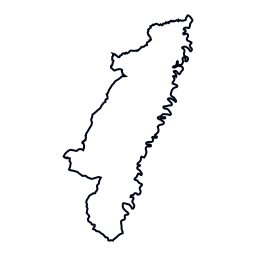 Yotoco, Valle del Cauca, Colombia
{"feature_id": "7082276B27401481263527", "entity_name": "Yotoco", "entity_type": "district", "adm_level": 2, "iso_a3": "COL", "parent_name": "Colombia", "parent_adm1": "Valle del Cauca", "projection": "orthographic", "projection_center": [-76.383, 3.898], "detail": "fine", "context": "isolated", "style": "outline", "palette": "ink", "viewbox_px": 256, "rotation_deg": 0, "n_neighbors": 0, "source": "geoboundaries", "source_scale": "gbopen_adm2", "svg_char_len": 5799}
<svg xmlns="http://www.w3.org/2000/svg" viewBox="0 0 256 256"><path d="M181.3,64.8L182.3,63.7L182.9,62.3L183.0,61.2L182.5,58.7L183.4,57.3L184.2,57.3L185.1,57.8L185.5,59.1L185.2,60.9L185.7,61.4L187.1,61.0L188.0,59.3L187.9,58.2L187.4,57.3L184.9,56.1L184.1,55.2L183.9,53.4L184.5,51.6L184.5,50.5L184.0,49.4L182.1,47.8L182.3,47.3L184.1,46.6L186.1,46.9L188.5,48.6L190.3,51.2L191.1,51.1L191.9,49.8L191.6,48.4L190.4,47.2L189.9,45.6L190.1,44.6L191.5,43.0L191.4,42.4L187.4,40.4L186.8,39.4L186.9,38.4L188.1,36.0L187.9,34.7L187.1,33.9L186.2,33.7L183.9,34.5L183.2,33.8L183.4,33.1L185.5,31.5L185.7,30.9L185.3,30.1L183.7,29.4L184.2,28.1L185.6,27.6L188.7,28.0L189.4,27.6L190.4,23.4L192.4,20.7L192.2,19.6L190.0,16.6L189.0,15.8L187.6,15.4L186.0,18.1L185.7,19.9L183.3,20.6L182.0,20.8L180.3,20.2L178.7,21.1L178.3,20.0L177.7,20.8L176.8,20.2L175.4,21.0L174.8,20.9L174.1,21.3L173.3,20.9L172.9,21.5L172.0,21.1L171.2,21.4L171.1,20.8L170.7,20.8L170.0,21.6L168.8,21.9L169.0,22.7L168.7,23.1L167.7,22.6L166.9,22.7L166.4,23.2L165.9,22.4L164.9,23.5L163.1,23.7L162.8,24.8L162.0,25.3L160.6,24.3L159.5,25.2L156.7,23.8L155.0,24.1L153.9,25.1L152.7,24.7L152.5,25.2L150.8,26.2L150.8,26.9L150.5,26.7L150.5,27.2L148.9,29.3L148.1,29.6L148.3,31.4L147.7,32.4L148.2,34.7L148.9,35.0L149.3,36.2L150.2,37.1L151.0,39.7L149.4,40.3L149.6,41.0L147.2,42.4L146.7,43.9L147.0,45.1L145.2,45.5L143.8,46.7L141.3,47.0L140.9,48.0L140.1,48.5L138.0,50.5L137.6,50.3L136.9,50.9L136.5,50.5L134.3,50.9L130.6,50.6L129.6,51.3L129.1,52.2L127.3,53.3L126.3,52.7L125.5,53.0L125.3,53.8L124.5,53.7L123.8,53.2L122.9,53.5L122.1,54.0L121.6,55.1L120.2,55.5L119.8,56.6L119.2,57.2L117.9,56.9L116.1,55.2L115.4,55.1L115.0,54.4L112.9,53.7L113.4,54.5L113.0,55.2L113.1,55.9L112.3,56.7L112.2,59.9L113.5,60.6L113.2,61.9L112.6,62.7L112.7,63.5L112.0,65.5L111.3,65.6L111.1,65.9L111.0,67.6L114.1,70.4L114.9,70.5L116.1,69.8L119.0,69.1L120.2,69.1L121.9,69.8L122.2,70.6L121.8,71.7L122.5,73.0L122.6,74.1L125.4,76.1L121.9,76.4L119.4,78.6L115.7,80.9L114.6,81.9L114.0,83.1L112.2,84.9L109.2,89.7L107.6,93.6L106.7,94.0L107.4,96.2L107.6,98.3L107.3,98.8L105.8,99.4L105.3,100.4L105.5,101.8L103.6,102.9L101.5,105.7L100.5,107.9L93.9,113.6L93.3,113.8L92.4,115.0L92.1,117.3L91.2,119.3L91.3,120.8L92.0,122.3L91.6,124.7L86.0,134.1L86.0,135.3L85.5,135.8L86.0,137.5L85.6,139.8L84.8,140.1L84.9,140.6L83.4,141.2L82.5,142.2L83.1,142.6L83.4,143.2L83.0,142.8L82.7,143.2L83.7,143.9L84.1,146.3L83.8,148.7L83.2,149.5L83.1,150.1L81.7,149.3L79.6,149.1L78.0,149.7L77.1,150.7L76.6,150.9L70.4,149.8L68.3,150.8L67.2,151.7L65.1,153.8L63.6,156.5L64.5,157.5L64.9,157.4L65.8,157.9L66.0,157.6L67.2,157.5L67.3,158.0L67.7,157.8L68.0,158.2L69.8,158.3L69.6,161.2L70.5,162.3L70.7,163.2L70.1,166.7L69.0,169.6L69.8,170.1L73.5,170.8L77.6,172.0L78.4,172.9L82.7,176.0L84.4,175.7L85.9,176.0L87.6,177.4L91.1,178.8L92.3,178.8L98.5,177.0L100.8,177.6L99.2,181.0L98.8,183.5L97.1,185.4L97.0,187.4L97.6,188.8L96.7,190.6L95.6,192.0L95.3,192.9L94.9,193.4L93.3,193.3L89.5,195.6L86.6,200.4L86.3,202.7L87.1,204.9L86.5,206.2L87.5,208.5L86.7,213.0L88.6,215.1L89.3,216.4L87.9,219.0L88.2,220.8L90.0,222.3L91.0,222.7L91.6,224.0L92.3,224.7L94.0,224.5L94.7,224.9L94.8,226.4L93.9,227.2L93.1,229.1L95.2,229.8L96.3,231.1L98.9,231.5L101.7,233.7L103.1,234.4L105.5,237.3L106.9,237.4L107.5,237.7L108.1,238.8L108.3,240.3L109.5,240.6L110.8,240.2L112.9,240.6L113.6,239.5L117.0,236.9L117.9,235.8L120.1,234.2L122.7,233.2L122.5,231.6L121.6,229.0L121.6,226.4L121.0,222.1L121.2,221.2L121.5,220.6L124.0,219.7L124.8,218.9L125.0,218.2L124.7,216.5L125.0,215.3L125.7,214.9L127.8,214.6L128.3,214.1L128.4,213.5L128.0,212.8L124.7,210.0L123.2,208.2L122.7,206.0L122.9,203.7L123.3,203.3L124.2,203.2L129.1,204.5L131.1,206.6L131.9,208.4L132.6,208.7L133.2,208.5L134.1,207.0L134.3,205.4L132.3,201.7L132.4,200.7L133.5,198.8L133.5,198.0L132.7,197.1L130.6,197.1L130.8,195.7L131.2,195.3L133.3,195.0L134.4,193.5L135.1,193.2L136.8,193.5L137.4,194.5L138.5,194.6L139.6,194.0L140.4,193.0L140.6,191.1L139.8,189.0L139.7,188.0L140.5,186.5L141.7,185.6L142.0,184.9L141.9,184.3L139.2,182.9L137.0,180.4L135.0,179.8L134.5,179.2L134.8,178.5L136.7,176.8L138.0,173.8L139.0,173.6L140.9,175.0L141.4,175.0L141.7,174.5L141.8,173.6L140.9,172.0L139.6,170.3L137.5,168.8L137.2,168.0L137.5,166.9L139.8,165.8L139.9,165.2L137.8,164.8L137.4,164.1L137.7,163.3L139.4,161.9L140.7,160.2L141.1,157.3L141.4,156.7L144.1,157.5L145.7,154.9L146.5,151.9L145.7,148.8L146.0,147.4L147.5,146.4L150.1,146.5L150.9,146.1L150.9,145.2L150.5,144.8L149.6,144.5L146.9,144.4L146.2,143.8L146.2,143.0L147.4,142.1L151.6,141.9L152.8,141.1L153.1,139.4L152.2,137.4L152.7,136.9L153.6,137.0L155.1,137.9L156.7,137.6L156.8,136.6L155.3,135.7L154.9,135.1L157.8,132.5L158.4,131.5L158.5,129.6L157.7,126.7L159.4,125.0L162.5,124.4L163.7,123.5L163.9,122.7L163.6,121.8L163.1,121.3L161.4,120.6L161.0,119.4L161.6,118.6L162.2,118.4L164.2,118.5L165.1,118.2L165.1,117.3L164.4,117.1L162.2,117.4L159.5,119.4L158.2,118.7L157.8,118.0L158.0,117.3L161.2,115.9L162.6,114.4L163.3,114.1L166.9,114.3L170.1,115.0L170.8,114.5L170.9,113.7L170.3,112.4L168.4,109.8L167.1,108.9L164.4,108.5L163.5,107.7L163.4,106.9L163.9,106.4L166.5,106.2L169.1,105.4L170.7,105.5L171.9,104.8L171.9,104.1L171.5,103.1L167.9,99.4L168.0,98.9L168.6,98.4L170.4,98.4L171.2,98.7L173.4,99.9L175.1,101.5L175.6,101.8L176.1,101.5L176.0,100.6L174.0,97.7L171.4,96.0L170.7,94.3L171.7,90.8L173.0,88.7L174.4,87.7L176.7,87.0L177.3,86.2L177.2,85.6L176.4,85.0L172.6,83.5L172.9,82.1L174.2,80.2L174.5,78.9L173.1,76.3L174.1,75.9L176.1,76.9L176.4,76.1L175.8,74.1L173.8,71.7L174.4,70.9L175.8,71.0L177.3,72.1L178.2,73.7L179.4,74.2L180.0,73.7L181.1,71.6L182.7,70.0L183.0,68.5L182.5,67.3L181.6,66.5L178.6,65.8L177.3,66.1L174.5,67.6L173.3,67.5L173.0,67.0L173.6,66.3L175.3,65.9L176.1,65.1L176.7,63.7L177.0,61.6L177.4,61.2L177.9,61.6L177.7,63.7L178.2,64.5L179.7,65.1L181.3,64.8Z" fill="none" stroke="#020617" stroke-width="2"/></svg>